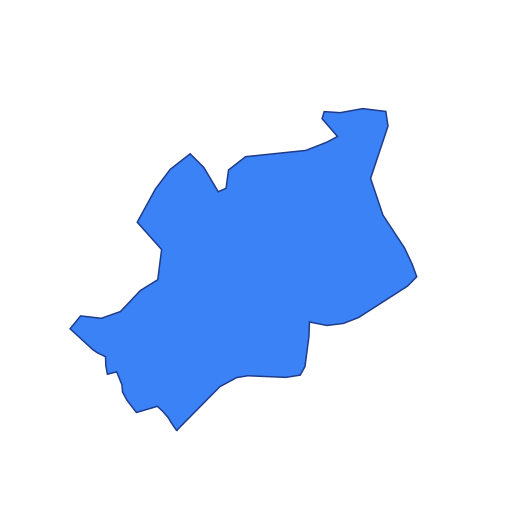 the Municipality of Kraslavas, rotated 322°
{"feature_id": "LVA-1064", "entity_name": "Kraslavas", "entity_type": "Municipality", "adm_level": 1, "iso_a3": "LVA", "parent_name": "Latvia", "parent_adm1": "", "projection": "mercator", "projection_center": [27.268, 55.934], "detail": "fine", "context": "isolated", "style": "filled", "palette": "blue", "viewbox_px": 512, "rotation_deg": 322, "n_neighbors": 0, "source": "natural_earth", "source_scale": "10m", "svg_char_len": 882}
<svg xmlns="http://www.w3.org/2000/svg" viewBox="0 0 512 512"><g transform="rotate(322 256 256)"><path d="M447.3,222.0L440.0,234.9L394.1,265.4L381.2,301.9L378.0,341.1L374.0,358.7L369.9,371.3L356.9,373.0L298.8,367.6L283.5,363.0L269.1,354.4L257.5,340.9L248.1,352.1L226.5,373.3L217.5,377.1L204.8,370.0L175.9,345.4L165.9,339.9L147.1,336.7L87.1,344.5L86.4,344.9L86.2,344.6L86.0,344.3L86.6,334.6L87.3,329.8L86.9,321.0L85.7,313.7L65.4,305.7L65.5,290.2L67.1,281.0L71.1,274.9L74.9,261.5L66.1,257.7L70.2,249.9L75.4,242.7L71.4,234.6L69.7,229.1L64.7,198.9L80.9,195.2L95.8,209.9L115.0,216.3L143.7,212.0L164.0,214.2L185.6,192.8L183.2,156.3L217.9,141.3L241.8,134.9L267.0,134.9L269.4,154.2L265.8,182.1L274.1,184.2L287.3,171.3L308.9,171.3L360.3,203.5L381.9,209.9L393.8,212.0L392.6,188.5L398.6,184.2L410.6,194.9L430.9,205.6L447.3,222.0Z" fill="#3b82f6" stroke="#1e3a8a" stroke-width="1.5"/></g></svg>